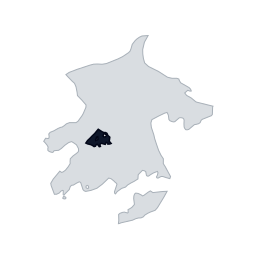 Azerbaijan, with Yevlakh Rayon highlighted, rotated 287°
{"feature_id": "AZE-1688", "entity_name": "Yevlakh Rayon", "entity_type": "District", "adm_level": 1, "iso_a3": "AZE", "parent_name": "Azerbaijan", "parent_adm1": "", "projection": "orthographic", "projection_center": [47.016, 40.691], "detail": "fine", "context": "in_parent", "style": "filled", "palette": "ink", "viewbox_px": 256, "rotation_deg": 287, "n_neighbors": 0, "source": "natural_earth", "source_scale": "10m", "svg_char_len": 3992}
<svg xmlns="http://www.w3.org/2000/svg" viewBox="0 0 256 256"><g transform="rotate(287 128 128)"><path d="M173.7,202.9L172.8,202.8L165.7,204.7L164.2,204.2L158.1,196.6L156.8,195.7L154.2,195.4L152.7,194.2L151.4,192.1L150.7,190.6L144.4,186.5L143.5,185.0L143.3,183.6L144.2,182.4L145.3,181.4L148.3,180.3L151.8,179.4L152.9,178.7L153.5,177.6L153.4,175.8L152.8,174.1L147.7,170.9L147.1,169.6L147.0,167.9L147.2,166.1L148.0,164.7L152.1,162.8L154.3,160.8L152.9,158.7L148.4,153.8L143.0,148.4L139.5,148.4L135.5,150.1L129.0,154.7L125.5,156.7L120.8,160.0L115.7,163.7L111.5,167.6L108.9,170.8L104.2,172.2L101.9,174.9L94.0,182.9L91.8,182.8L91.7,178.8L91.8,175.6L91.3,173.8L88.8,171.3L88.8,170.2L89.5,169.5L91.4,169.9L93.9,169.8L95.1,168.8L92.5,165.5L90.1,163.3L88.1,161.8L87.7,160.9L87.7,160.3L88.1,159.5L91.5,157.7L91.9,156.1L91.7,154.2L86.3,151.4L82.2,152.4L78.6,149.3L76.3,146.9L73.4,144.3L70.8,142.9L68.4,139.6L64.1,136.3L61.3,135.3L61.4,134.8L61.9,134.2L63.1,133.7L70.8,133.9L71.7,133.3L72.2,131.9L73.3,129.8L74.5,126.8L74.5,124.2L66.8,119.9L61.3,115.9L57.5,110.8L55.0,106.1L55.1,104.5L55.9,103.0L61.9,98.8L62.3,97.7L62.2,97.0L60.1,94.8L57.5,92.5L56.7,90.8L55.1,89.9L51.9,89.8L46.4,86.9L45.2,86.6L45.0,86.0L45.3,85.5L49.2,84.4L49.2,83.5L48.0,82.3L45.8,81.3L43.8,79.1L43.1,77.0L50.4,71.4L52.5,70.3L57.2,71.4L66.8,75.4L66.1,77.6L67.1,78.8L69.3,80.5L73.6,82.2L77.2,83.1L79.0,82.4L81.8,81.8L85.4,83.7L88.7,86.2L90.4,87.2L91.3,87.5L93.8,86.7L96.9,83.6L98.1,79.8L98.5,78.0L96.7,75.5L93.1,72.7L89.0,70.3L86.4,68.2L84.7,64.0L83.1,63.5L82.6,63.0L82.4,61.6L82.5,59.6L83.1,58.0L84.7,57.4L86.4,57.2L87.9,55.7L89.8,52.9L90.6,51.3L94.1,52.2L94.6,54.8L95.2,55.3L96.7,55.1L99.1,54.0L101.1,54.8L103.6,57.9L107.0,61.1L108.9,63.3L109.6,64.7L111.4,66.2L114.0,67.9L116.1,70.6L117.9,76.7L119.8,78.2L126.5,80.5L128.9,81.0L135.5,81.7L137.8,81.1L141.2,75.7L144.2,70.2L147.0,69.0L152.1,66.3L155.1,63.8L156.4,61.0L159.2,55.9L160.9,53.0L164.0,55.5L169.3,62.3L177.1,73.4L179.0,76.5L180.3,80.2L181.4,84.6L183.3,88.5L191.2,98.3L194.6,101.9L200.2,106.5L202.1,107.5L204.7,107.7L209.3,107.6L213.7,109.3L215.8,110.5L218.1,112.3L220.1,114.5L222.3,120.2L214.8,118.6L207.3,119.1L203.1,120.5L199.0,122.4L195.1,124.9L192.8,129.7L191.0,140.6L188.1,150.9L188.4,155.6L189.8,160.1L189.7,162.3L188.4,163.2L186.6,165.2L184.5,174.6L183.4,176.5L181.9,177.7L181.4,176.6L181.5,174.1L178.1,172.0L176.3,174.5L175.2,179.7L172.9,185.2L172.8,186.2L173.7,202.9ZM60.9,107.1L61.2,105.7L60.3,105.0L59.3,105.0L58.4,105.7L58.4,107.5L59.6,107.8L60.9,107.1ZM35.3,149.1L34.1,147.6L33.7,146.8L37.0,146.2L42.6,144.3L44.1,145.3L45.7,147.4L46.5,149.1L46.6,152.4L47.2,152.9L50.0,151.9L51.2,153.2L53.2,154.9L56.8,156.5L62.1,154.1L64.7,153.5L66.8,153.6L68.0,154.4L68.4,156.9L67.9,160.1L67.3,161.8L68.4,163.0L72.6,166.1L74.4,167.8L73.5,170.7L76.6,177.8L77.7,180.5L78.9,183.9L72.3,182.5L60.5,179.5L57.2,178.0L54.2,174.0L52.4,172.0L49.7,169.6L47.5,168.6L45.9,166.8L45.0,164.3L43.6,162.0L41.2,159.3L35.9,150.1L35.3,149.1ZM43.6,88.7L42.9,89.2L41.8,88.6L41.5,87.5L41.6,86.3L42.7,86.1L43.6,86.4L43.8,87.5L43.6,88.7Z" fill="#d9dde1" stroke="#a8b0b8" stroke-width="1"/><path d="M108.3,116.4L107.7,115.7L107.2,114.9L107.0,114.2L106.7,113.5L107.5,113.2L107.9,112.2L108.0,111.6L107.7,111.2L106.7,111.3L105.7,111.0L105.6,109.1L105.6,107.2L104.8,106.2L103.6,106.1L102.3,107.0L101.7,106.0L102.7,104.6L103.5,103.2L102.4,102.4L101.1,102.2L100.3,101.0L100.9,99.2L101.2,97.5L101.1,95.6L101.0,93.9L101.3,92.1L104.2,93.0L107.0,94.6L110.0,96.1L113.0,97.8L115.5,98.8L118.1,99.9L117.6,101.7L117.1,103.5L116.7,105.0L116.7,106.6L117.1,107.9L116.8,109.3L116.2,109.9L116.0,110.2L115.1,110.7L113.9,113.3L112.0,113.6L109.9,113.9L108.3,116.4ZM115.1,109.6L115.4,109.1L115.3,108.8L115.3,108.3L115.4,108.0L115.6,107.6L115.7,107.2L115.8,106.7L115.6,106.5L115.2,106.5L114.5,106.5L113.0,106.5L112.4,107.4L112.9,108.9L113.9,109.5L115.1,109.6ZM108.9,100.8L107.7,100.3L106.6,100.8L108.2,102.7L110.9,101.6L110.6,101.0L110.2,100.5L109.6,100.5L108.9,100.8Z" fill="#0f172a" stroke="#020617" stroke-width="1.5"/></g></svg>